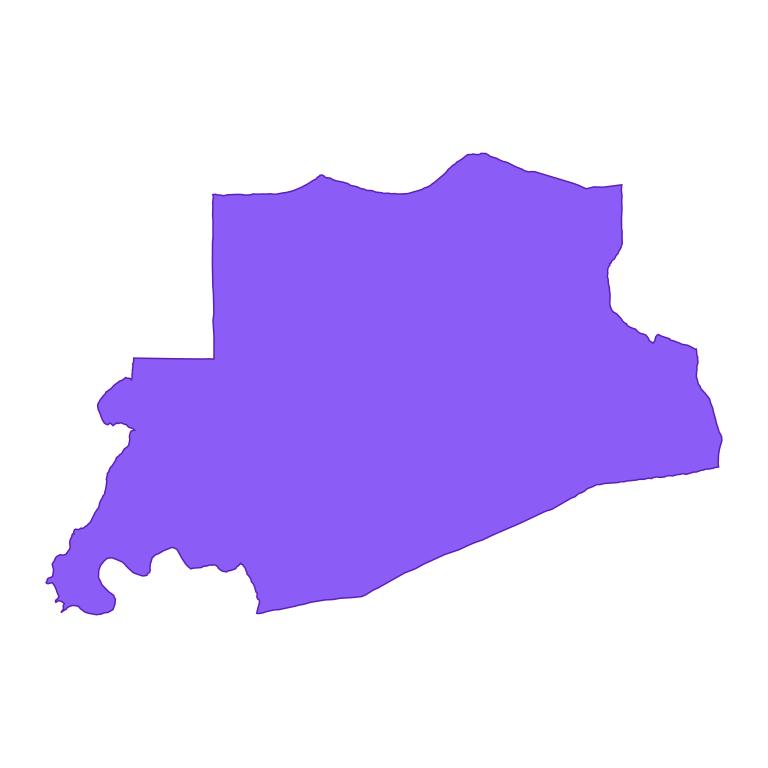 outline of Bounkiling, Sédhiou, Senegal
{"feature_id": "50182788B68388966372963", "entity_name": "Bounkiling", "entity_type": "district", "adm_level": 2, "iso_a3": "SEN", "parent_name": "Senegal", "parent_adm1": "Sédhiou", "projection": "albers", "projection_center": [-15.653, 13.139], "detail": "fine", "context": "isolated", "style": "filled", "palette": "violet", "viewbox_px": 768, "rotation_deg": 0, "n_neighbors": 0, "source": "geoboundaries", "source_scale": "gbopen_adm2", "svg_char_len": 6054}
<svg xmlns="http://www.w3.org/2000/svg" viewBox="0 0 768 768"><path d="M60.9,612.6L64.1,610.3L66.2,609.3L67.5,607.4L72.1,605.5L74.6,605.6L78.2,606.2L80.4,608.7L85.0,612.1L88.2,613.2L96.4,614.7L101.1,614.1L104.2,612.9L108.1,612.4L111.8,610.3L113.0,609.5L114.9,604.4L115.4,599.0L114.4,597.7L113.7,595.4L108.4,591.5L102.4,585.3L101.3,583.6L100.5,581.3L98.5,577.8L98.7,570.6L100.5,565.5L104.1,561.0L107.4,558.2L112.0,557.8L116.3,559.4L122.0,561.8L123.9,563.3L127.5,567.4L132.8,572.3L134.7,573.3L142.4,575.9L145.6,575.7L146.1,575.3L146.9,575.3L147.5,573.9L149.5,572.5L150.3,570.1L149.9,568.1L150.4,563.9L152.3,557.5L152.9,557.2L155.5,554.8L158.8,553.5L163.4,550.8L171.5,547.5L173.5,547.6L177.0,549.4L181.8,558.1L185.5,563.8L188.1,566.6L191.0,568.9L192.8,568.2L201.5,567.5L203.4,566.3L206.7,566.0L209.8,565.0L212.5,565.1L213.9,564.8L215.8,565.3L217.6,566.7L218.5,568.4L221.5,570.7L223.2,571.3L226.7,571.9L228.0,571.0L231.3,570.3L235.6,568.7L237.0,566.6L238.4,565.8L240.7,563.2L241.5,564.4L242.3,564.4L243.5,565.8L245.5,568.7L246.2,571.4L247.0,572.5L247.0,574.2L248.2,575.2L250.7,578.6L251.5,581.9L253.1,583.6L253.7,584.7L254.7,587.2L256.0,592.0L257.2,593.2L256.9,597.0L257.6,598.9L259.0,599.7L259.4,600.8L259.3,603.4L257.9,608.1L256.7,613.3L258.5,613.6L262.8,612.9L266.2,611.7L274.6,609.8L278.6,609.7L295.5,606.1L298.5,605.2L303.8,604.3L310.5,602.3L325.3,599.9L333.3,599.5L340.5,598.2L351.4,597.6L361.6,596.6L365.6,594.9L373.2,590.1L378.1,587.9L404.7,572.9L414.8,569.0L423.6,564.2L444.5,554.6L459.0,549.7L467.9,545.5L475.5,542.3L482.6,539.9L494.3,534.3L519.3,523.6L543.2,512.3L546.2,511.0L551.7,509.4L571.4,498.0L574.9,496.8L579.0,493.3L580.5,493.1L582.1,492.4L584.1,491.4L587.0,489.0L588.4,488.2L590.8,487.4L591.9,486.8L593.3,486.5L595.5,485.1L597.0,484.6L599.7,484.6L604.8,483.4L617.5,482.6L620.5,481.8L624.0,481.8L626.7,481.0L636.1,480.1L639.4,479.3L643.9,479.3L648.5,478.1L651.4,478.6L653.3,477.6L656.2,476.9L660.4,477.4L665.0,476.8L666.9,475.8L670.7,475.7L672.4,476.0L677.4,474.6L680.1,474.4L681.9,473.8L684.0,473.8L686.1,474.4L693.9,472.0L696.0,472.1L701.6,470.2L703.8,470.0L705.2,469.1L707.1,469.2L713.0,468.3L715.5,467.4L718.6,467.0L718.2,463.9L718.5,455.0L719.5,448.8L721.9,440.5L721.6,436.9L720.5,434.2L719.2,432.3L717.9,427.7L716.2,422.7L715.7,419.8L713.2,411.0L712.8,408.4L710.7,403.2L709.6,399.0L705.5,393.7L700.9,388.7L700.0,386.2L698.4,384.2L696.3,376.3L696.6,371.5L697.0,369.6L696.8,366.1L697.5,364.3L698.0,362.0L697.6,359.3L697.7,357.1L696.8,355.3L696.6,351.0L696.2,349.0L695.6,349.2L694.4,348.8L689.6,346.1L687.3,345.2L682.0,344.3L679.1,342.9L673.1,340.7L670.4,340.1L669.7,338.8L661.6,336.2L658.4,334.5L657.0,335.2L655.7,337.0L654.8,340.7L653.0,343.3L650.9,341.6L649.5,341.0L648.5,338.5L646.0,335.2L644.3,334.4L639.5,333.0L637.1,331.0L635.8,329.3L632.5,328.2L628.8,326.6L627.0,325.1L626.4,323.6L625.1,323.4L622.5,320.9L621.3,318.9L616.8,313.9L613.1,311.8L611.6,309.9L610.2,306.0L609.8,304.1L610.1,294.6L609.4,290.0L609.5,288.0L608.5,284.3L608.1,279.1L607.3,276.5L607.8,273.3L607.6,271.6L607.8,268.7L608.7,266.6L609.9,265.2L609.6,263.6L611.2,262.8L611.9,260.6L614.2,259.2L616.2,255.5L618.1,253.4L618.9,251.2L620.7,248.3L622.2,243.6L622.0,234.4L622.2,232.2L621.6,228.3L621.5,218.0L622.0,208.3L621.7,202.2L622.0,195.8L621.3,189.8L621.8,184.8L603.2,187.2L593.9,186.9L586.2,188.8L578.1,185.1L573.4,183.4L534.7,171.7L531.0,171.6L528.8,171.9L524.6,170.8L522.2,169.3L515.5,166.7L508.0,162.8L505.4,161.9L503.6,161.6L498.8,159.6L497.1,158.5L489.9,156.3L488.2,154.8L485.4,153.4L483.7,153.5L481.8,153.3L480.8,153.5L479.3,154.6L476.0,154.5L473.0,154.0L471.5,154.5L467.6,154.6L461.5,159.4L456.4,162.4L455.6,163.8L452.5,165.5L450.7,167.5L448.5,169.1L445.5,173.0L435.1,181.9L432.0,184.0L430.1,185.7L427.5,187.0L424.4,188.0L421.3,189.7L407.8,193.6L398.0,194.1L394.0,193.5L392.0,193.9L388.3,193.2L383.7,193.4L381.5,192.7L375.8,192.1L372.0,190.6L366.7,190.4L364.4,189.2L360.8,188.6L357.1,186.8L350.3,185.3L347.9,183.6L342.8,182.1L335.6,180.7L332.4,179.4L330.3,178.1L326.1,177.6L324.9,177.1L324.0,176.0L322.2,175.0L319.9,175.3L319.4,176.2L317.5,177.2L316.3,178.8L312.7,180.7L307.6,184.0L301.2,187.4L293.0,190.8L285.9,192.6L283.5,192.8L275.5,194.3L270.0,193.8L265.9,194.1L261.6,194.0L260.1,194.2L253.0,194.0L249.8,194.9L245.4,195.1L241.4,194.5L236.1,194.4L227.5,194.8L223.5,195.8L221.3,195.2L217.3,194.9L215.5,194.3L212.8,194.6L213.4,196.7L212.7,202.9L212.9,205.9L212.6,215.6L213.0,219.9L213.0,237.1L212.5,242.6L212.4,266.0L212.9,286.9L213.4,293.2L213.9,312.9L213.0,320.5L214.0,336.2L214.0,359.1L209.3,358.8L202.6,359.0L178.3,358.8L133.7,358.1L133.7,361.2L133.2,363.0L132.6,363.6L133.0,366.0L132.3,371.2L132.5,372.6L132.0,374.3L132.2,377.8L131.2,379.8L130.0,378.3L127.7,378.4L125.8,377.5L121.9,380.4L120.1,380.8L113.9,385.4L111.2,388.5L106.0,392.1L104.8,394.6L103.3,395.6L102.5,397.1L100.6,399.2L97.9,404.0L97.6,405.8L98.1,408.6L98.4,410.1L99.3,411.7L102.4,419.9L104.4,423.2L107.4,424.8L110.4,423.1L113.0,425.6L116.7,422.9L117.8,423.5L121.0,422.8L124.7,424.3L126.2,424.5L128.6,427.2L132.6,428.5L134.6,430.2L131.1,431.1L130.3,432.7L129.4,436.2L129.8,439.7L128.7,445.1L127.2,447.0L124.4,448.8L121.5,453.7L119.9,454.6L118.5,456.2L116.6,457.5L115.7,460.0L112.2,465.8L110.9,466.9L109.7,468.8L108.8,471.3L108.9,471.5L107.3,473.5L107.3,475.2L106.3,479.5L106.8,481.0L106.1,486.7L105.5,489.9L104.7,492.3L104.8,493.9L103.3,495.4L101.8,498.9L100.5,500.9L99.6,503.1L99.1,506.1L98.1,508.7L97.5,508.9L94.8,513.1L90.4,522.2L87.9,524.4L87.2,525.4L85.1,526.6L83.7,528.0L82.1,528.4L81.0,528.1L78.9,529.6L75.5,529.2L74.4,529.8L73.6,532.3L73.9,534.0L72.9,533.8L72.3,534.4L71.5,537.2L70.0,540.3L69.7,543.3L70.2,547.1L69.6,549.1L66.0,554.1L64.6,554.8L62.3,555.2L60.3,554.7L57.0,556.3L55.5,557.9L54.3,560.9L52.9,562.8L52.2,564.3L53.6,569.7L52.6,576.3L52.1,576.8L48.2,578.3L47.3,579.3L47.0,581.1L46.1,582.6L46.6,583.3L48.0,583.7L51.8,582.7L52.4,582.8L54.6,585.9L56.4,589.9L56.8,591.7L58.3,595.0L58.9,597.0L57.4,599.1L56.1,599.8L55.4,601.3L55.9,602.3L58.4,600.8L60.3,600.9L63.4,602.7L64.2,603.7L63.1,606.1L63.6,608.6L60.9,612.6Z" fill="#8b5cf6" stroke="#5b21b6" stroke-width="1.5"/></svg>